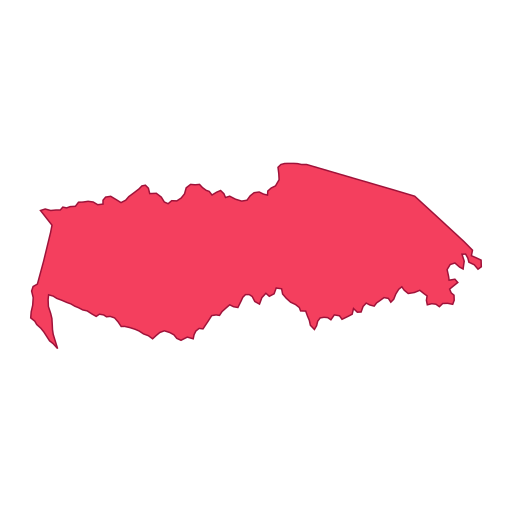 the district of Monte Alegre de Sergipe, Sergipe, Brazil
{"feature_id": "56859067B92714311058260", "entity_name": "Monte Alegre de Sergipe", "entity_type": "district", "adm_level": 2, "iso_a3": "BRA", "parent_name": "Brazil", "parent_adm1": "Sergipe", "projection": "natural_earth1", "projection_center": [-37.621, -10.067], "detail": "fine", "context": "isolated", "style": "filled", "palette": "rose", "viewbox_px": 512, "rotation_deg": 0, "n_neighbors": 0, "source": "geoboundaries", "source_scale": "gbopen_adm2", "svg_char_len": 3007}
<svg xmlns="http://www.w3.org/2000/svg" viewBox="0 0 512 512"><path d="M472.5,250.2L464.1,241.7L437.8,217.4L414.7,196.2L393.6,189.9L353.1,178.1L329.2,171.1L306.6,164.5L301.5,164.5L297.5,163.6L293.5,163.4L288.1,163.4L284.6,163.5L280.9,164.5L278.0,167.3L278.8,173.8L279.1,179.7L275.5,185.9L271.2,188.0L267.8,191.0L267.5,195.1L263.5,194.1L259.2,192.0L254.1,192.7L250.2,195.8L247.0,200.2L241.7,201.1L235.5,199.2L229.7,196.2L225.5,197.5L223.9,193.7L220.6,190.5L216.6,192.2L212.0,195.0L209.2,191.4L206.1,190.3L202.4,187.5L199.5,184.4L195.2,184.8L190.6,184.4L186.2,187.8L184.5,193.9L181.1,198.1L176.8,200.9L171.7,200.7L168.1,203.7L164.3,202.0L161.3,197.1L156.3,193.3L149.7,193.6L148.4,188.2L145.4,185.2L141.9,185.9L138.9,189.0L133.8,192.9L128.8,196.6L125.7,200.2L121.0,202.6L116.5,199.8L110.7,196.3L105.6,197.1L103.0,200.2L103.0,204.1L97.7,204.7L93.2,202.0L88.1,201.3L82.7,202.1L78.5,202.2L75.4,206.3L70.2,206.6L66.6,207.9L62.8,207.1L60.3,210.0L56.1,210.0L50.7,210.5L45.2,209.0L40.5,210.5L52.0,225.2L50.6,232.4L43.6,261.2L37.4,284.1L33.1,286.5L31.6,291.0L33.2,297.6L32.7,305.2L31.2,311.8L30.7,317.9L34.8,321.2L36.7,324.5L40.8,328.2L43.8,331.9L46.9,336.7L49.6,340.9L53.2,343.7L57.6,348.6L54.9,339.9L53.2,334.3L52.5,329.7L52.3,325.4L51.9,318.5L50.7,313.5L48.4,306.5L48.1,299.6L48.6,294.8L53.2,296.1L56.8,298.4L61.9,300.3L66.7,302.4L70.9,303.9L74.8,306.2L78.5,307.7L82.7,309.9L87.2,310.9L91.8,313.9L96.2,316.4L99.4,314.2L103.6,314.9L106.5,316.8L110.2,316.4L114.6,317.9L118.1,321.9L121.2,326.5L124.6,326.4L129.9,327.6L135.2,329.3L139.1,331.0L143.5,333.9L148.4,335.7L152.6,338.8L156.3,335.4L159.8,332.5L164.3,330.8L169.7,332.5L173.9,334.8L176.8,338.4L181.0,340.3L187.3,337.1L193.2,338.8L194.1,334.6L195.9,331.0L199.1,328.4L203.0,328.9L205.1,325.7L207.8,321.7L211.7,315.6L216.1,314.9L219.5,315.4L222.1,311.5L225.9,308.1L229.7,304.8L233.5,306.7L237.9,307.5L241.2,300.8L242.8,297.3L245.5,294.6L249.3,294.6L252.2,296.5L254.8,301.5L259.5,304.1L261.9,297.6L265.9,293.3L269.3,296.3L274.1,293.8L276.2,288.0L281.6,288.8L282.6,294.0L286.2,298.2L290.6,302.2L295.5,304.5L299.3,307.5L300.6,310.9L305.7,311.1L307.5,316.1L309.3,320.3L310.4,325.3L314.4,329.5L316.6,325.7L317.7,321.2L320.2,317.9L324.0,317.3L327.7,317.6L330.9,319.8L334.3,314.9L339.5,315.8L342.0,319.3L345.3,317.7L348.6,316.1L352.2,314.2L353.5,308.5L357.3,312.2L361.1,312.0L363.1,306.4L366.2,303.1L369.9,305.0L374.2,306.1L376.6,302.9L379.9,300.6L384.0,297.6L388.4,298.4L390.8,302.2L393.7,299.3L395.8,294.0L398.7,289.3L401.8,286.8L404.2,290.2L408.2,293.5L414.4,292.5L419.8,290.3L423.8,293.5L427.1,295.9L426.4,300.3L427.3,304.8L431.8,303.7L435.9,304.2L439.4,306.7L442.7,303.5L447.6,303.3L452.7,304.3L454.2,300.3L454.0,295.2L451.2,292.9L449.6,289.1L453.4,286.0L457.8,282.5L454.9,279.2L449.1,280.2L448.6,276.4L447.1,269.6L450.2,264.5L454.9,263.0L459.6,267.1L463.1,269.0L464.2,261.2L462.0,254.2L465.6,254.1L467.8,258.0L468.9,262.2L474.3,264.8L478.0,269.2L481.3,266.8L481.1,260.1L476.2,257.8L471.4,255.7L472.5,250.2Z" fill="#f43f5e" stroke="#9f1239" stroke-width="1.5"/></svg>